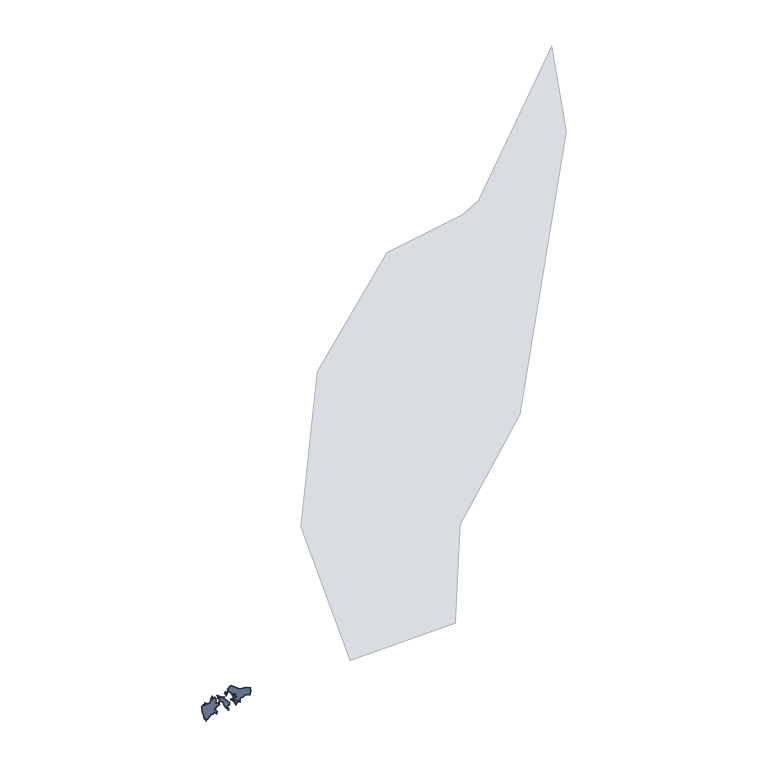 location of Medalaii, Koror, Palau
{"feature_id": "81905179B66298370942195", "entity_name": "Medalaii", "entity_type": "district", "adm_level": 2, "iso_a3": "PLW", "parent_name": "Palau", "parent_adm1": "Koror", "projection": "albers", "projection_center": [134.462, 7.336], "detail": "medium", "context": "in_parent", "style": "filled", "palette": "slate", "viewbox_px": 768, "rotation_deg": 0, "n_neighbors": 0, "source": "geoboundaries", "source_scale": "gbopen_adm2", "svg_char_len": 2134}
<svg xmlns="http://www.w3.org/2000/svg" viewBox="0 0 768 768"><path d="M455.4,623.1L350.1,660.5L300.8,526.8L317.2,371.8L386.9,252.7L462.7,214.5L478.3,200.8L551.8,46.1L566.4,131.4L520.0,414.5L460.2,524.7L455.4,623.1Z" fill="#d9dde1" stroke="#a8b0b8" stroke-width="1"/><path d="M250.1,694.8L251.0,690.3L250.5,690.1L250.5,687.7L245.4,687.5L239.7,689.0L231.3,685.6L229.4,686.6L228.2,689.2L227.4,689.2L227.8,691.0L226.1,693.2L225.4,693.0L225.6,691.4L224.5,693.1L226.3,695.6L227.5,693.4L227.3,692.3L228.2,691.4L230.6,692.6L232.3,695.3L233.0,693.7L235.0,694.1L235.0,695.6L236.5,696.7L233.0,699.0L232.0,697.7L232.2,698.9L230.6,699.4L230.9,700.1L232.6,699.6L233.0,700.7L233.6,699.8L234.3,702.3L235.5,704.4L236.5,705.1L235.8,704.2L238.5,701.5L236.1,703.5L235.5,703.0L235.4,704.0L234.3,701.9L235.7,700.5L234.5,701.2L234.4,700.6L236.2,700.2L238.0,700.8L237.6,701.3L238.8,701.0L238.9,701.7L240.1,702.0L240.2,698.4L241.0,697.7L243.1,697.1L243.8,696.0L246.0,694.8L250.1,694.8ZM206.1,721.9L206.3,719.4L207.3,719.5L211.7,714.1L212.9,714.3L214.3,712.4L216.6,713.9L217.4,711.6L214.5,709.1L215.1,707.8L216.1,708.0L217.0,706.4L218.5,705.6L218.9,702.8L219.4,703.5L219.3,702.5L216.1,703.1L216.0,698.6L214.3,697.7L213.2,698.4L212.1,696.4L211.3,697.8L211.9,699.3L210.8,699.0L210.1,702.6L207.7,703.9L206.4,703.4L205.6,704.8L205.0,704.3L204.9,702.1L204.7,704.5L202.8,704.9L205.0,705.2L202.8,705.4L201.6,706.6L202.2,712.4L203.2,714.2L204.2,719.0L206.0,719.3L206.1,721.9ZM220.2,696.9L218.7,695.8L218.0,696.6L219.8,698.4L219.0,699.4L219.3,700.8L223.2,702.4L223.4,704.2L225.8,707.8L227.5,708.8L228.3,710.3L228.8,710.1L228.6,708.3L227.7,708.5L227.4,707.9L227.5,706.6L228.5,705.2L229.6,704.9L229.7,702.7L222.9,697.6L220.7,697.2L225.3,697.0L220.2,696.9ZM233.3,696.7L233.8,695.5L233.2,694.4L232.8,695.6L233.3,696.7ZM216.3,695.4L217.9,696.1L218.0,696.0L217.6,695.4L216.3,695.4ZM234.9,694.9L234.4,695.3L234.7,695.5L234.9,694.9ZM217.8,698.4L217.7,698.0L217.6,698.3L217.8,698.4ZM214.5,696.8L214.3,696.5L214.4,696.8L214.5,696.8ZM233.7,696.6L233.9,696.4L233.7,696.4L233.7,696.6ZM233.7,696.8L233.8,697.0L233.7,696.8Z" fill="#64748b" stroke="#1e293b" stroke-width="1.5"/></svg>